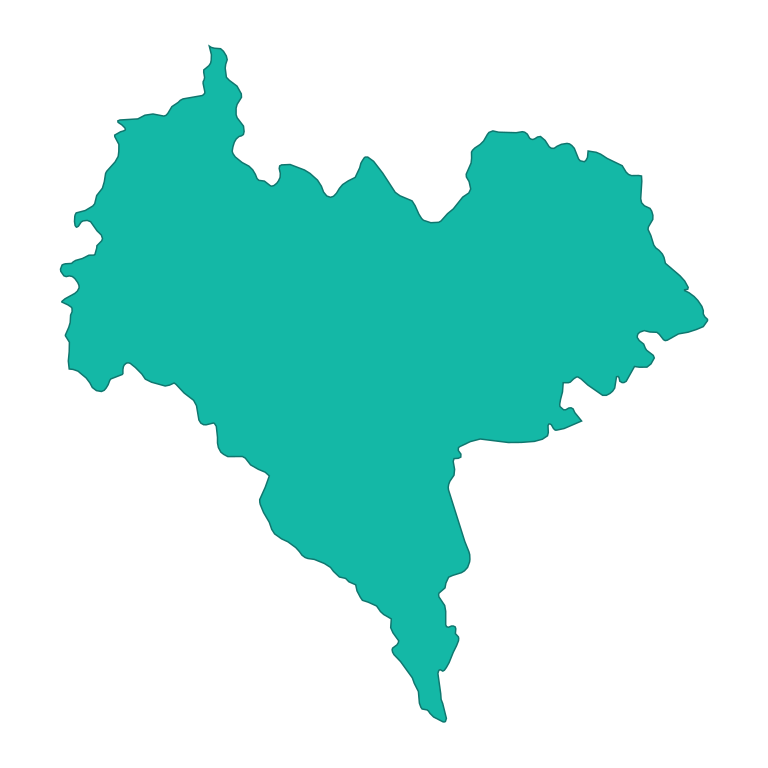 the district of Tra Linh, Cao Bằng, Vietnam
{"feature_id": "81297802B5716614329371", "entity_name": "Tra Linh", "entity_type": "district", "adm_level": 2, "iso_a3": "VNM", "parent_name": "Vietnam", "parent_adm1": "Cao Bằng", "projection": "natural_earth1", "projection_center": [106.323, 22.803], "detail": "fine", "context": "isolated", "style": "filled", "palette": "teal", "viewbox_px": 768, "rotation_deg": 0, "n_neighbors": 0, "source": "geoboundaries", "source_scale": "gbopen_adm2", "svg_char_len": 6039}
<svg xmlns="http://www.w3.org/2000/svg" viewBox="0 0 768 768"><path d="M69.2,369.0L73.0,369.4L77.9,371.1L86.2,378.0L89.9,382.9L92.3,387.5L96.4,390.6L101.4,391.5L104.2,390.3L106.1,388.1L108.1,384.8L109.8,380.3L110.9,378.9L122.2,374.5L122.9,373.6L122.9,369.6L123.4,366.7L124.3,364.9L126.4,363.1L128.2,362.8L130.2,363.3L135.4,367.5L141.9,374.1L145.3,379.1L151.5,382.2L165.2,386.0L169.5,385.1L174.1,383.0L176.0,384.3L184.1,393.0L193.6,400.3L196.5,405.7L198.9,420.0L200.8,423.1L203.6,424.7L206.2,424.8L213.4,423.0L214.4,423.4L216.3,426.3L217.5,437.3L217.5,443.0L218.4,447.6L220.9,452.2L223.7,454.4L227.8,456.6L242.4,456.5L245.3,458.1L250.6,464.9L258.3,469.3L265.2,472.2L269.3,475.9L265.3,487.1L259.7,499.6L259.8,502.3L260.3,504.6L263.6,512.6L269.3,522.3L271.7,529.3L274.6,533.9L281.6,538.9L287.9,541.8L295.8,547.6L299.5,551.7L302.0,555.2L305.1,557.5L307.9,558.5L314.3,559.4L324.4,563.5L330.5,567.4L333.5,571.4L339.4,577.0L345.6,578.4L348.9,581.8L355.7,584.8L357.0,590.9L360.4,597.4L362.4,600.3L368.0,602.1L376.6,606.0L380.5,611.6L383.7,614.5L391.3,618.9L390.7,627.7L393.0,632.9L398.7,640.8L398.2,642.9L396.9,644.9L392.6,648.1L392.1,649.8L392.6,652.1L394.0,654.7L400.5,661.5L412.3,677.8L414.3,683.4L418.4,691.5L419.4,703.2L420.9,707.3L422.1,709.0L427.0,709.9L428.4,711.0L430.1,713.5L433.6,717.0L443.1,721.9L444.5,721.9L445.4,721.5L446.4,718.4L442.7,703.5L441.1,699.4L440.7,693.6L437.9,673.5L438.5,671.2L439.3,670.0L440.2,669.7L442.8,671.1L444.4,670.2L446.3,667.6L449.1,662.6L453.3,652.2L456.5,645.8L458.5,640.7L458.7,638.5L458.4,636.9L455.4,633.6L455.8,628.8L455.2,626.9L453.3,626.0L451.5,626.0L448.4,627.3L446.5,626.6L445.7,624.7L445.7,611.3L444.7,605.5L438.9,596.8L438.6,594.5L439.0,593.1L445.0,587.9L445.9,583.1L448.6,577.2L452.7,575.4L461.4,572.7L464.5,570.8L467.6,567.4L469.6,561.9L469.9,559.3L469.7,554.6L468.9,551.7L464.8,541.5L448.5,489.9L448.2,487.3L448.7,484.3L449.9,481.2L454.0,475.2L454.6,469.4L453.2,461.5L454.0,458.6L458.3,458.3L460.8,457.1L460.9,454.1L458.3,450.5L458.4,447.9L459.4,446.8L470.3,441.6L480.2,439.0L508.3,442.5L521.2,442.4L534.4,441.4L542.4,439.2L547.5,435.8L548.3,432.6L548.0,425.5L548.9,424.0L549.9,423.9L551.4,424.8L553.5,428.6L555.2,430.1L556.8,430.1L564.2,428.5L581.6,421.0L574.8,412.6L573.1,408.9L571.1,407.8L568.8,408.0L565.7,409.8L563.6,409.8L559.9,406.5L559.7,404.2L560.6,399.2L562.5,391.9L563.2,382.7L568.4,382.7L570.3,382.1L573.6,378.9L576.3,377.1L577.8,376.9L581.2,379.0L587.8,385.0L602.6,395.3L606.4,395.3L609.9,393.5L612.6,391.2L614.7,388.1L616.5,376.8L618.0,376.4L619.0,377.5L619.8,381.2L622.1,382.6L623.9,382.6L626.2,381.3L634.5,366.5L639.5,367.2L647.0,367.1L651.0,363.9L654.3,358.0L653.3,355.4L646.7,350.3L645.3,348.2L643.7,344.1L639.3,340.6L637.3,337.6L637.3,335.8L638.1,333.7L640.0,332.1L644.2,330.6L649.9,332.0L656.9,332.3L659.4,334.4L663.5,339.7L665.2,340.6L667.3,340.2L678.5,333.9L688.1,332.2L696.4,329.5L703.3,326.6L707.5,320.7L707.5,319.3L704.8,316.8L703.3,314.0L703.3,310.6L701.9,306.4L697.8,300.4L694.1,296.5L689.0,292.7L684.6,290.6L684.6,289.7L687.7,289.3L688.2,287.4L684.7,281.0L680.1,275.9L665.4,263.3L664.0,257.4L662.4,254.1L659.1,250.4L655.8,247.9L653.8,245.1L650.8,235.4L648.0,229.4L648.4,226.9L652.8,219.4L652.9,215.3L651.7,211.1L650.0,208.4L644.4,205.8L641.6,202.8L640.7,198.7L641.8,181.2L641.5,176.0L638.6,175.5L631.5,175.6L628.6,174.5L626.1,172.1L622.2,165.7L607.1,158.4L600.7,154.2L596.2,152.3L588.1,151.0L587.5,157.4L586.1,160.1L584.4,161.7L580.2,160.8L578.6,159.0L574.3,148.3L571.8,145.5L569.5,143.9L567.0,143.4L561.4,144.3L557.0,146.3L554.2,148.3L551.5,148.3L549.2,146.8L545.1,140.4L540.5,136.5L537.5,137.0L534.9,138.7L532.9,139.5L531.2,139.2L529.6,138.2L527.3,134.1L524.7,132.2L522.4,131.7L516.2,132.7L498.7,132.2L492.9,130.9L489.0,132.4L487.4,134.4L483.6,141.0L480.1,144.5L474.8,148.0L472.5,150.3L471.5,152.1L471.6,158.2L471.1,163.0L466.2,174.2L466.4,177.0L469.1,181.6L470.7,189.0L468.8,193.0L462.7,197.1L453.3,208.9L447.5,213.7L441.0,221.0L438.7,222.3L430.8,222.7L423.5,220.3L421.6,218.5L418.9,214.2L415.1,205.7L412.1,200.9L399.8,195.7L395.2,192.3L382.7,173.1L373.6,161.3L367.8,157.1L365.3,157.1L364.4,157.6L362.5,160.4L360.9,163.2L359.7,167.8L355.2,177.4L348.2,180.9L342.6,184.6L339.4,188.4L336.5,193.2L333.5,196.3L330.5,197.3L326.8,196.0L323.6,192.1L321.4,186.2L317.5,180.1L310.0,173.4L304.5,170.0L290.1,164.5L281.6,164.9L279.7,165.9L279.2,168.5L280.3,173.3L280.1,177.4L278.4,181.0L276.8,183.2L274.0,185.5L271.7,186.2L270.3,185.7L264.4,181.1L258.8,180.3L257.0,178.5L255.4,174.4L252.7,169.8L249.0,166.2L242.1,162.5L235.2,156.9L232.9,153.5L232.2,151.2L232.9,146.9L234.3,142.3L236.2,139.0L239.0,136.5L241.5,135.8L243.4,134.5L244.1,131.5L243.5,126.1L237.1,117.7L236.1,114.6L236.1,108.2L237.1,104.4L241.5,97.3L241.3,93.8L237.0,86.1L229.4,80.4L226.4,77.3L225.2,68.1L225.7,64.3L227.2,59.7L226.3,55.9L223.5,51.3L220.6,48.7L214.3,48.2L211.3,47.4L209.3,46.1L211.4,54.7L211.2,60.2L210.6,63.1L208.9,65.7L203.8,69.9L203.7,72.2L204.6,77.5L204.1,79.8L203.2,81.5L203.1,83.5L204.8,91.7L204.8,93.0L203.8,94.3L202.4,95.5L183.0,98.9L180.3,100.3L178.2,102.4L171.9,106.6L167.8,113.4L166.1,115.3L163.9,116.1L153.0,114.0L144.9,115.2L137.8,118.9L119.8,120.0L117.8,120.9L118.1,122.4L121.8,124.8L124.8,127.8L125.4,129.1L125.2,130.0L123.6,130.9L120.5,131.8L114.7,135.1L114.8,136.7L118.9,144.4L118.8,151.4L118.2,156.4L115.1,161.9L106.7,171.3L105.6,173.4L104.3,181.7L102.4,188.2L96.7,195.5L94.7,203.7L92.8,206.0L85.3,210.5L76.2,212.9L75.3,214.5L74.8,216.2L74.5,221.5L75.1,225.5L76.0,226.8L76.7,227.2L78.4,226.2L81.2,222.0L83.1,220.9L87.2,220.4L90.6,221.7L97.1,230.9L101.3,235.0L102.5,238.6L101.7,240.8L96.9,245.7L96.7,248.1L94.9,254.5L93.9,255.1L88.9,255.2L82.4,258.5L75.7,260.4L73.2,261.9L71.6,263.4L65.3,263.8L63.5,264.3L62.1,265.0L60.5,269.1L60.8,271.4L63.9,275.8L66.2,276.6L69.3,275.9L72.3,276.5L74.8,278.5L77.7,282.5L79.0,285.5L79.1,287.8L77.3,291.2L74.8,293.4L65.0,298.8L61.9,301.4L61.9,302.1L67.8,304.8L71.1,307.0L72.0,308.2L72.1,311.7L70.6,315.1L70.2,322.5L68.8,327.2L65.4,335.0L65.4,335.8L69.4,342.2L69.2,351.8L68.3,361.0L69.2,369.0Z" fill="#14b8a6" stroke="#0f766e" stroke-width="1.5"/></svg>